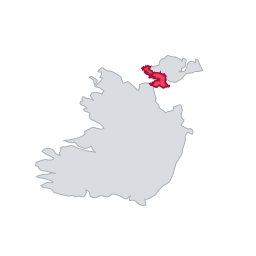 location of Donegal Lea-6, Donegal, Ireland, rotated 30°
{"feature_id": "5873133B96049761393494", "entity_name": "Donegal Lea-6", "entity_type": "district", "adm_level": 2, "iso_a3": "IRL", "parent_name": "Ireland", "parent_adm1": "Donegal", "projection": "mercator", "projection_center": [-8.322, 54.625], "detail": "fine", "context": "in_parent", "style": "filled", "palette": "rose", "viewbox_px": 256, "rotation_deg": 30, "n_neighbors": 0, "source": "geoboundaries", "source_scale": "gbopen_adm2", "svg_char_len": 8161}
<svg xmlns="http://www.w3.org/2000/svg" viewBox="0 0 256 256"><g transform="rotate(30 128 128)"><path d="M156.4,47.9L151.9,51.1L151.2,52.4L149.9,57.3L149.8,58.7L146.9,64.1L145.3,65.2L142.9,66.1L141.5,67.0L139.8,66.5L137.6,66.6L136.6,67.6L136.6,68.3L137.3,69.2L141.3,71.7L141.1,72.7L139.9,73.9L132.7,76.8L130.6,78.5L129.8,79.7L130.6,81.6L136.3,87.4L137.3,88.1L138.2,91.4L143.2,92.8L145.3,94.9L147.1,95.4L151.0,95.3L152.5,96.1L153.4,95.5L153.9,94.4L158.3,90.3L156.9,87.2L161.3,81.9L162.5,82.0L164.6,83.6L166.3,85.8L166.8,88.8L168.4,91.5L169.4,92.4L172.2,92.9L172.9,94.0L172.4,97.8L172.8,99.1L179.9,99.0L182.7,97.3L185.2,97.6L186.4,99.4L186.9,101.1L184.8,101.8L182.6,101.4L181.5,102.6L181.5,104.9L182.2,107.7L183.7,109.8L184.9,114.4L185.9,119.5L187.4,122.5L187.7,126.3L187.5,128.2L187.7,131.5L187.1,132.7L187.6,135.9L190.2,145.9L190.7,153.8L189.4,156.7L187.7,159.5L186.6,162.7L185.7,166.3L185.2,172.0L181.5,178.6L180.0,180.3L178.1,181.3L182.1,185.9L178.9,188.0L175.3,188.6L171.4,187.5L169.0,187.6L165.9,190.0L165.2,189.6L163.7,185.8L162.6,189.7L160.4,191.0L156.5,190.7L150.1,191.7L147.6,192.9L146.5,194.6L145.8,196.6L144.8,197.8L143.6,198.4L138.7,199.9L137.7,200.5L135.4,203.7L132.3,205.6L129.8,206.2L127.6,204.3L126.7,203.1L125.7,202.6L122.2,202.7L123.3,203.2L124.0,204.6L124.4,207.1L124.0,209.6L122.3,210.9L120.3,211.1L117.1,213.7L112.9,214.4L110.6,216.8L96.8,220.8L96.0,220.8L94.1,219.8L92.0,219.3L89.9,219.7L84.1,221.9L81.3,221.4L84.9,215.9L89.7,213.1L90.2,212.3L88.6,211.9L79.4,213.9L76.3,215.5L73.1,216.0L74.6,213.5L78.7,210.0L82.2,207.7L83.7,205.7L88.1,203.3L74.1,208.1L70.5,207.5L69.6,206.2L66.7,206.8L65.7,203.6L69.9,198.7L72.4,196.5L75.3,195.4L78.1,193.7L79.1,191.7L77.8,191.1L69.4,191.6L65.3,191.2L65.6,189.6L66.3,187.8L70.5,184.8L72.8,184.3L74.8,184.6L78.3,186.4L83.1,185.8L81.1,183.8L80.8,179.9L79.2,178.6L81.2,176.7L83.4,175.6L87.1,171.8L88.4,171.2L95.8,170.3L103.7,168.3L111.5,165.5L107.5,164.0L105.6,161.9L102.5,166.1L100.2,167.6L93.9,168.5L92.0,168.0L89.2,166.7L88.3,167.2L87.5,168.2L83.3,170.2L78.9,170.7L84.0,167.0L90.5,160.7L91.9,158.7L94.0,155.2L93.3,153.7L92.0,152.8L96.7,145.6L98.3,144.3L101.3,144.1L103.5,143.0L104.5,143.0L105.4,142.5L107.3,140.4L104.3,139.0L101.2,138.3L91.7,139.0L90.5,138.9L89.3,138.2L88.6,137.3L88.0,134.8L87.3,134.3L85.1,134.3L83.0,135.0L81.6,134.9L80.1,133.9L82.4,131.3L79.4,130.8L76.4,131.2L73.9,130.5L73.8,128.9L75.0,127.3L73.5,125.8L73.2,123.9L74.8,123.0L76.5,123.3L80.0,121.9L84.6,121.2L80.7,119.8L79.1,118.7L79.1,116.8L79.4,115.3L83.9,112.6L88.7,111.5L88.3,109.7L88.6,107.9L83.8,107.3L79.0,108.6L79.5,105.0L80.7,101.8L80.9,99.6L80.7,97.3L78.4,98.3L78.2,95.1L77.2,92.8L73.9,94.4L74.0,91.4L74.9,89.3L76.7,88.5L78.4,88.8L81.6,88.8L84.7,87.3L89.1,86.9L96.2,87.3L101.1,91.7L102.3,90.9L104.3,88.2L105.2,87.9L112.5,89.1L117.1,90.7L118.3,90.2L117.7,87.1L116.1,85.0L118.1,82.2L120.5,80.3L122.1,79.3L125.8,78.2L127.4,77.0L128.5,73.4L130.2,70.4L120.9,72.0L112.1,68.4L113.5,65.9L115.3,64.5L118.5,63.4L118.8,62.0L120.5,60.9L123.2,58.0L122.2,54.3L122.7,51.5L124.6,49.7L125.2,47.1L126.1,45.2L130.0,44.5L133.8,42.7L139.7,42.5L141.2,43.2L140.8,40.0L143.6,39.6L144.6,40.3L145.1,42.5L146.3,43.9L146.7,46.4L145.9,48.3L144.5,49.8L145.8,51.3L143.8,54.0L145.9,52.8L149.0,50.2L148.8,48.0L148.3,45.3L147.5,42.8L147.8,40.1L149.6,38.4L154.1,37.5L152.2,34.4L153.9,34.1L155.6,34.8L158.3,37.2L163.8,40.6L161.1,43.6L157.8,45.6L156.4,47.9ZM78.0,106.2L77.9,107.6L75.8,105.9L74.8,104.0L68.9,103.1L71.3,101.2L72.5,101.7L76.7,101.8L77.8,102.6L78.0,106.2Z" fill="#d9dde1" stroke="#a8b0b8" stroke-width="1"/><path d="M128.8,79.1L129.3,78.9L130.7,78.9L130.8,78.9L130.7,78.7L131.4,78.6L131.2,78.4L131.3,78.3L131.2,78.2L131.4,78.0L132.8,78.0L132.9,77.3L132.8,77.1L133.5,75.8L133.6,75.6L133.8,75.1L134.2,75.3L134.8,75.1L135.4,75.7L136.7,75.5L137.0,75.7L138.1,75.6L138.3,75.8L139.1,75.2L138.8,74.8L139.2,74.3L139.6,74.1L139.8,73.9L139.8,73.6L139.9,73.3L140.1,73.4L140.8,73.2L140.8,72.9L140.9,72.7L141.1,72.5L142.7,72.0L142.8,71.5L142.4,71.5L142.5,71.1L142.4,70.7L142.1,71.0L141.5,71.3L141.4,71.6L141.4,71.4L141.1,71.5L141.0,71.2L140.5,71.4L140.2,70.8L139.7,70.8L139.4,70.4L138.9,70.8L138.6,70.8L138.3,70.9L138.2,70.9L138.3,70.7L138.1,70.5L138.2,70.3L138.1,69.9L137.1,69.6L136.6,69.0L136.5,68.7L136.9,68.2L136.9,67.9L136.7,68.0L136.5,67.8L136.3,67.7L136.4,67.4L136.0,67.3L135.8,66.8L135.5,66.3L135.8,66.0L135.7,65.9L135.3,65.5L135.2,65.6L134.5,64.5L134.6,64.4L134.4,64.4L134.3,64.2L134.5,63.9L134.0,63.7L133.9,63.9L133.2,64.5L133.1,64.1L132.9,64.1L132.5,63.7L132.3,63.0L132.0,63.1L132.0,63.7L131.9,64.0L131.1,64.6L131.0,64.3L130.5,64.3L130.2,64.1L129.4,64.7L129.1,64.4L128.5,64.3L128.3,64.0L128.3,64.5L128.1,64.5L127.6,65.0L126.7,65.1L125.7,65.7L124.8,66.1L124.1,66.7L123.6,66.5L123.5,66.9L122.9,66.8L122.8,67.0L122.7,67.8L122.4,68.0L122.0,67.5L121.4,67.4L120.6,66.8L120.4,66.8L120.1,66.6L119.9,66.8L118.9,66.6L117.9,66.9L116.7,67.1L116.6,66.9L116.7,66.7L116.6,66.2L116.3,66.0L116.4,65.8L116.2,65.6L116.9,65.0L116.6,64.6L116.8,64.3L116.8,63.6L116.7,63.7L116.3,63.7L115.7,63.9L115.2,64.1L114.8,64.0L114.7,64.2L114.8,64.3L114.5,64.5L114.1,64.4L114.2,64.6L113.7,64.9L113.8,65.0L113.7,65.1L113.8,65.2L113.8,65.3L113.2,65.4L112.8,65.7L112.6,65.6L112.7,65.9L112.5,66.1L112.4,66.4L112.6,66.4L112.4,66.6L112.5,66.7L112.5,66.9L112.8,66.9L113.0,66.9L112.7,66.9L112.7,67.1L112.1,67.0L111.8,67.2L111.6,67.4L111.3,67.4L111.3,67.2L111.2,67.2L111.1,67.4L110.9,67.3L110.9,67.5L111.1,68.0L111.5,68.0L111.4,68.3L111.5,68.5L111.5,68.8L111.3,68.7L111.3,68.9L111.2,69.0L111.3,69.5L111.4,69.4L111.4,69.2L111.6,69.5L111.6,69.3L111.8,69.3L111.8,69.6L113.2,70.0L113.6,70.3L114.1,70.3L114.3,70.7L114.5,70.8L114.3,71.1L114.5,71.3L114.4,71.4L114.5,71.5L114.7,71.4L115.0,71.5L115.1,71.3L115.4,71.5L115.9,71.4L115.6,71.0L115.6,70.5L115.5,70.3L115.5,70.0L115.9,70.6L115.7,70.9L115.9,71.1L116.0,70.9L116.1,71.3L116.4,71.3L116.7,71.1L116.6,71.3L116.3,71.4L116.5,71.6L117.2,71.6L117.1,71.9L117.0,72.0L117.4,72.0L117.4,71.7L117.8,71.7L118.0,71.5L118.2,71.4L118.4,71.6L119.9,70.7L120.3,70.8L120.3,70.7L120.2,70.7L120.3,70.6L120.2,71.0L120.4,71.2L120.0,71.4L120.0,71.6L120.1,72.0L120.7,72.2L120.8,71.7L121.0,71.5L121.3,71.3L121.4,71.0L121.3,70.9L121.2,70.8L121.2,70.7L121.5,70.6L121.7,69.9L121.8,70.1L122.0,70.0L121.6,70.8L121.6,71.0L121.4,71.3L121.5,71.4L121.4,71.6L121.6,71.4L121.7,71.6L121.9,71.5L122.0,71.3L122.2,71.1L122.3,70.9L122.6,70.7L122.6,70.9L122.8,70.8L122.7,70.7L122.9,70.6L122.8,71.1L123.1,71.3L123.0,71.5L123.2,71.8L122.5,72.3L122.6,72.5L121.1,73.1L121.3,73.4L120.9,73.6L120.9,73.9L120.7,74.0L121.4,73.8L121.5,73.6L121.4,73.6L121.4,73.4L121.7,73.3L121.6,73.1L122.7,72.8L123.1,72.4L123.1,72.2L123.8,71.7L124.2,70.9L125.1,70.6L125.7,70.1L126.0,70.3L126.2,70.7L125.6,71.3L125.7,71.5L125.4,72.0L125.5,72.2L125.4,72.4L126.2,72.1L126.9,71.6L127.3,71.5L127.4,71.3L127.8,71.0L128.1,71.0L128.1,70.8L128.6,70.5L129.1,70.7L128.9,70.5L129.0,70.4L129.0,70.2L129.3,70.0L129.5,70.2L129.8,70.0L129.5,70.3L129.2,70.4L129.4,70.6L129.3,71.0L129.4,70.7L129.6,70.7L130.2,70.3L130.1,70.0L130.4,69.9L130.3,70.1L130.7,69.8L130.8,69.7L130.4,70.3L130.6,70.3L130.4,70.7L130.2,70.7L129.9,70.9L130.4,70.7L130.3,70.9L130.9,70.8L130.4,71.0L130.6,71.1L130.2,71.3L130.3,71.5L130.6,71.3L130.7,71.5L131.0,71.5L130.7,71.7L130.8,71.8L130.6,71.9L130.7,71.7L130.3,71.8L130.4,71.6L130.2,71.5L130.1,71.8L130.3,71.8L130.1,71.9L130.2,72.1L130.1,72.3L129.7,72.3L129.6,72.2L129.9,72.0L129.5,71.7L129.7,71.4L129.6,71.6L129.6,71.4L129.6,71.1L129.2,71.2L129.2,71.5L129.3,72.2L129.2,72.7L129.1,72.8L128.9,73.1L128.5,73.3L128.3,73.5L128.0,73.9L127.7,73.7L127.6,73.9L127.6,74.0L127.9,74.5L128.0,75.0L127.6,75.1L126.8,75.7L126.8,75.9L126.3,76.2L126.9,77.0L127.9,77.1L128.1,77.0L128.1,77.3L128.2,77.2L128.4,77.3L127.6,77.3L126.8,77.4L126.6,77.2L126.8,76.9L126.6,76.9L126.4,77.3L126.4,77.9L125.9,78.0L126.0,78.1L125.9,78.1L126.0,78.2L125.9,78.5L125.0,78.4L124.8,78.7L125.0,78.7L125.3,78.8L125.3,79.0L125.9,79.1L126.2,79.4L126.5,79.4L127.2,79.3L127.4,79.0L127.3,78.9L127.6,78.9L127.6,78.7L128.8,79.1ZM110.2,69.1L110.1,69.4L110.4,69.4L110.2,69.1ZM130.1,71.3L130.0,71.2L129.8,71.3L130.1,71.3ZM129.9,70.6L130.0,70.6L130.2,70.4L129.9,70.6ZM130.1,71.6L129.9,71.6L130.1,71.6Z" fill="#f43f5e" stroke="#9f1239" stroke-width="1.5"/></g></svg>